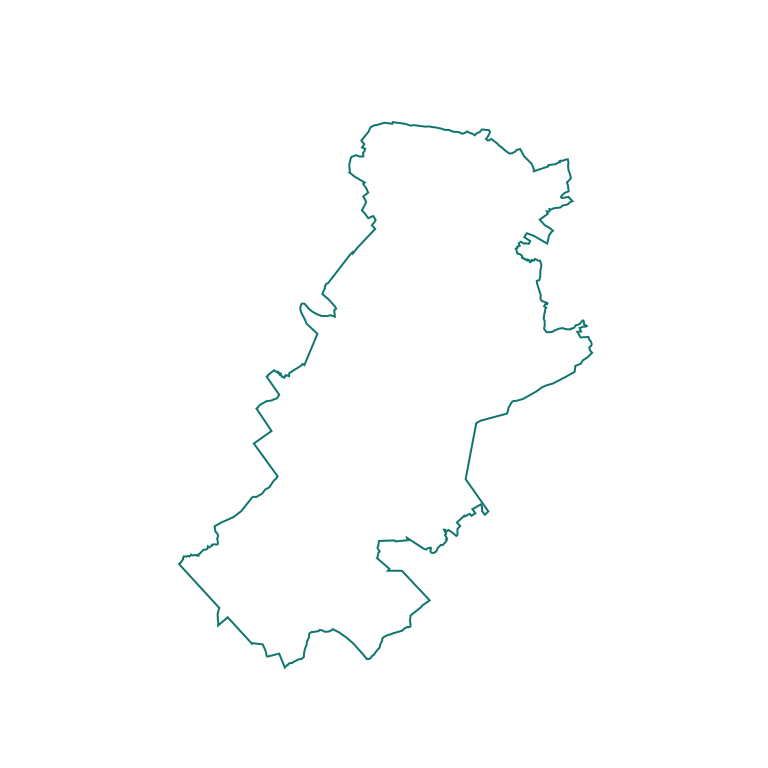 Tileagd, Bihor, Romania (Equal Earth projection), rotated 43°
{"feature_id": "2599482B26148898048823", "entity_name": "Tileagd", "entity_type": "district", "adm_level": 2, "iso_a3": "ROU", "parent_name": "Romania", "parent_adm1": "Bihor", "projection": "equal_earth", "projection_center": [22.211, 47.067], "detail": "fine", "context": "isolated", "style": "outline", "palette": "teal", "viewbox_px": 768, "rotation_deg": 43, "n_neighbors": 0, "source": "geoboundaries", "source_scale": "gbopen_adm2", "svg_char_len": 6148}
<svg xmlns="http://www.w3.org/2000/svg" viewBox="0 0 768 768"><g transform="rotate(43 384 384)"><path d="M504.9,659.0L504.7,657.8L504.9,655.9L505.3,655.3L505.0,654.9L505.3,654.1L505.1,653.3L505.5,652.4L507.0,650.8L507.4,648.8L509.6,643.2L511.3,641.2L511.5,638.2L509.4,635.8L507.0,632.0L505.1,627.3L503.3,624.7L502.0,620.6L499.7,617.7L499.6,617.0L500.3,614.5L502.5,612.5L502.9,611.4L504.7,609.5L504.5,608.2L505.2,607.3L507.7,606.0L509.5,605.7L512.0,603.3L513.5,600.3L513.7,598.3L520.5,596.3L529.0,595.1L538.4,594.7L552.9,596.0L558.9,596.9L558.9,596.5L560.6,595.5L561.2,593.0L560.7,591.4L561.3,589.3L560.6,584.2L560.6,580.0L558.6,576.3L557.5,572.6L556.7,571.9L556.3,570.3L556.5,568.9L558.1,564.7L558.9,563.8L560.6,560.3L565.6,551.9L565.6,549.2L567.0,545.3L567.9,545.1L568.8,543.3L567.2,541.5L564.6,539.7L561.3,535.1L563.3,522.0L563.1,519.5L565.0,511.1L524.5,508.4L514.2,517.9L514.0,515.5L497.6,516.1L497.7,515.6L494.9,511.1L495.2,509.6L490.9,508.2L490.2,506.3L487.4,502.2L498.4,491.2L499.8,491.2L508.1,481.9L505.9,480.8L526.2,477.2L527.7,476.3L527.9,474.7L529.4,472.2L530.1,471.9L530.7,472.5L531.6,474.2L532.2,474.7L533.6,475.1L535.6,473.7L536.3,471.2L535.9,469.0L535.1,467.4L535.2,465.2L535.4,462.8L536.8,461.9L536.8,457.3L536.4,455.5L535.4,455.4L535.6,454.1L531.7,452.9L531.7,451.3L527.3,449.6L528.1,448.9L530.3,449.7L530.5,446.9L535.5,446.0L540.5,445.8L540.7,444.7L539.6,443.0L536.7,440.2L536.5,435.9L531.8,435.6L532.5,425.5L533.5,425.6L535.2,420.5L537.8,420.7L539.0,416.2L534.0,415.3L537.0,405.9L538.9,406.7L541.2,408.7L542.4,410.1L546.9,410.9L547.2,406.0L508.6,397.9L478.2,349.8L479.7,344.9L494.1,321.8L493.1,319.3L491.5,316.9L489.9,310.8L490.0,308.9L490.5,307.7L491.3,307.2L492.5,305.7L495.9,300.1L500.4,285.9L501.9,278.4L503.8,274.1L507.4,268.1L508.8,263.8L510.3,260.1L510.6,258.3L511.4,256.9L515.1,245.1L511.6,240.3L514.1,235.0L513.3,231.2L514.8,225.0L514.8,220.3L515.0,219.3L511.9,218.9L509.2,217.3L509.1,216.2L509.5,215.0L509.2,213.8L507.9,212.6L506.5,211.9L503.6,211.4L501.4,210.2L496.1,215.8L489.8,214.0L492.3,211.2L488.9,209.6L490.4,206.4L492.5,204.3L492.8,203.3L489.4,203.8L487.9,202.3L486.6,201.6L485.9,202.1L486.2,206.5L485.2,209.0L484.1,210.5L484.7,212.8L484.6,213.5L483.1,215.8L483.5,216.3L481.2,218.7L478.5,220.5L476.8,221.0L474.4,223.9L472.0,229.0L471.8,230.5L469.9,233.1L467.6,235.3L463.7,234.5L462.9,233.9L462.0,232.0L458.3,228.2L456.4,227.5L453.3,223.2L452.6,221.5L450.8,219.2L450.6,217.6L448.0,217.9L447.5,214.8L448.8,214.5L448.4,213.4L442.4,215.7L441.3,215.3L440.3,214.9L437.9,212.0L427.7,206.3L425.4,204.3L426.8,202.0L425.1,199.0L420.8,194.2L418.7,190.5L417.1,189.1L413.9,187.4L413.3,188.2L412.3,188.7L409.1,189.6L409.4,191.4L408.7,191.7L408.6,192.3L407.4,192.6L408.1,194.0L408.0,195.1L407.3,195.4L406.5,194.6L404.4,194.8L404.7,195.9L404.0,196.3L402.3,196.1L401.6,196.9L400.6,196.7L399.9,197.4L398.5,197.4L398.1,196.3L396.2,196.1L394.3,196.6L392.4,197.7L390.0,195.9L388.0,195.2L388.7,193.5L387.8,192.8L389.1,190.5L386.6,189.3L387.0,186.7L390.9,185.8L391.3,184.7L394.3,182.7L393.4,179.7L386.5,181.0L386.0,178.9L385.7,176.3L392.4,173.5L407.6,170.0L403.4,162.8L402.8,158.5L403.1,156.7L399.3,156.8L393.2,158.2L385.8,157.6L387.7,147.8L385.4,146.8L386.7,146.1L387.2,144.7L385.7,143.3L387.4,142.2L388.3,139.7L392.6,134.6L393.0,131.4L395.8,127.6L396.2,123.5L397.2,121.8L391.3,121.3L387.9,126.1L386.6,126.8L385.8,126.5L385.5,123.3L386.0,120.5L387.7,117.2L383.2,113.4L380.4,111.9L380.4,106.1L377.5,104.0L372.9,101.6L369.6,98.7L368.2,96.5L365.2,94.3L364.1,95.5L362.2,99.2L361.1,100.0L360.4,101.5L361.4,102.0L360.6,103.2L359.4,106.4L354.9,111.8L355.7,112.9L348.5,126.3L346.6,124.3L341.7,122.3L331.2,121.9L323.3,119.3L321.5,122.2L321.3,122.9L321.5,124.3L320.5,127.7L318.6,129.9L313.8,130.6L308.0,130.7L306.2,131.1L302.5,130.9L295.3,131.6L294.5,134.3L293.5,135.2L291.4,135.1L291.4,133.2L290.6,129.9L289.7,127.4L287.7,126.7L282.1,131.0L282.2,134.3L280.8,137.8L280.8,140.2L278.3,140.6L273.9,142.5L272.5,142.5L272.1,144.6L270.8,147.4L266.7,148.9L262.4,152.4L258.5,153.8L255.1,156.7L252.2,157.9L245.6,161.9L244.1,163.2L241.6,164.6L238.6,167.7L228.9,174.6L227.8,176.4L226.8,177.1L222.0,179.3L211.8,186.5L212.6,188.0L206.1,192.7L202.4,199.0L200.3,201.8L199.2,205.0L199.4,206.7L200.6,209.7L201.4,221.4L206.0,222.0L206.6,226.0L209.9,224.9L211.0,227.2L210.9,229.1L213.7,231.6L211.4,234.0L207.2,236.0L206.5,238.0L205.4,239.8L205.6,241.3L209.1,247.4L214.6,252.3L214.4,252.8L221.1,252.4L232.5,249.8L232.2,251.8L238.0,253.1L241.9,254.8L240.9,261.0L246.7,262.9L247.9,266.2L249.4,272.1L253.3,272.3L259.4,273.5L261.4,268.6L265.9,269.6L266.6,272.2L266.9,276.2L271.8,276.6L271.6,302.5L272.2,309.7L271.1,309.2L271.0,312.8L274.3,348.2L273.6,350.0L273.9,352.2L275.5,354.6L277.5,360.3L285.4,359.9L295.0,360.7L297.6,361.5L297.3,364.0L302.1,368.3L297.8,370.3L296.2,373.0L292.1,376.7L287.5,378.7L282.0,380.0L277.6,380.2L271.2,379.5L269.7,380.5L269.1,381.9L270.9,385.6L274.0,387.9L282.7,391.0L286.1,392.7L301.1,392.7L312.9,424.5L310.8,424.9L310.8,427.4L307.3,440.6L309.2,443.0L306.5,444.2L306.7,445.1L306.1,445.4L306.9,447.4L304.4,448.3L303.6,447.8L301.9,448.4L301.5,448.1L301.6,446.8L301.3,446.7L300.2,448.1L298.7,448.2L299.0,447.4L298.2,447.2L297.7,448.3L296.8,448.3L296.2,448.8L294.2,449.0L293.0,456.9L293.5,457.1L293.3,458.7L314.7,463.3L315.4,466.7L315.2,468.0L312.4,473.7L310.1,476.1L309.2,478.5L307.6,483.6L307.5,485.2L307.8,487.2L307.4,488.9L333.8,495.1L329.4,516.3L369.2,524.1L369.6,526.9L369.3,530.0L370.6,537.8L369.1,542.2L369.6,547.5L367.6,553.9L365.6,555.3L364.9,556.8L366.3,574.5L364.7,584.0L359.8,595.4L357.1,603.5L361.3,606.9L364.2,607.1L366.5,608.4L367.2,610.6L370.9,613.4L371.6,614.4L371.3,615.5L369.3,616.8L367.8,618.9L368.4,619.4L367.7,622.6L365.9,622.8L367.2,625.1L366.7,626.5L365.0,628.4L365.0,633.5L364.2,636.3L365.1,636.3L364.5,637.0L364.0,636.9L362.8,637.6L360.7,640.1L359.2,640.5L359.5,641.2L359.3,642.8L357.6,643.8L357.3,644.9L355.2,646.5L355.7,648.4L356.7,649.2L356.7,651.5L357.3,653.0L356.8,655.5L416.4,660.1L416.5,660.8L419.2,665.7L423.9,670.3L425.5,671.4L427.4,673.7L428.8,661.2L464.6,664.0L464.5,663.3L472.8,657.2L478.4,659.4L484.2,663.1L484.7,662.8L491.2,652.7L504.9,659.0Z" fill="none" stroke="#0f766e" stroke-width="2"/></g></svg>